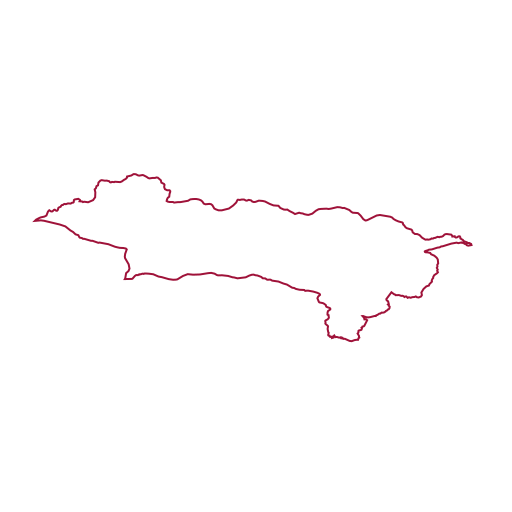 outline of Santa Barbara, Santander, Colombia, rotated 263°
{"feature_id": "7082276B97300956542202", "entity_name": "Santa Barbara", "entity_type": "district", "adm_level": 2, "iso_a3": "COL", "parent_name": "Colombia", "parent_adm1": "Santander", "projection": "equal_earth", "projection_center": [-72.939, 6.992], "detail": "fine", "context": "isolated", "style": "outline", "palette": "rose", "viewbox_px": 512, "rotation_deg": 263, "n_neighbors": 0, "source": "geoboundaries", "source_scale": "gbopen_adm2", "svg_char_len": 6111}
<svg xmlns="http://www.w3.org/2000/svg" viewBox="0 0 512 512"><g transform="rotate(263 256 256)"><path d="M350.6,137.7L349.5,137.5L348.3,136.0L347.7,134.3L346.3,131.8L345.9,130.1L346.9,125.0L346.6,124.2L347.1,122.1L346.7,120.9L347.1,120.0L348.1,119.4L349.0,117.1L349.2,115.0L350.1,112.1L349.8,110.7L348.1,108.6L345.4,107.8L344.8,106.2L342.7,105.3L341.8,104.0L338.8,104.3L333.9,103.5L331.3,101.1L329.8,95.9L330.8,92.1L330.6,90.8L331.2,90.3L331.8,87.7L332.5,88.3L333.1,88.1L334.4,86.6L334.2,82.9L333.7,82.1L331.8,81.7L331.3,81.2L331.2,79.6L330.6,78.5L331.1,75.8L330.6,73.5L331.0,72.6L330.8,71.4L330.2,70.6L330.2,69.6L329.6,68.7L328.7,68.1L328.2,66.3L327.7,65.6L326.0,65.0L325.2,64.1L325.3,63.2L326.5,61.9L326.4,61.1L325.1,59.4L325.1,58.6L325.3,57.9L326.6,56.4L325.5,55.0L321.7,52.9L320.9,50.8L320.6,47.3L320.2,45.7L318.9,42.2L317.8,40.8L317.6,46.8L316.8,49.9L311.2,65.0L308.6,70.4L304.0,74.9L302.1,77.4L299.5,79.5L298.3,82.2L296.3,82.9L295.7,83.3L295.0,85.4L294.1,86.4L294.0,87.6L291.2,94.1L291.0,95.6L288.3,101.1L288.4,102.4L285.7,110.9L282.4,117.1L281.4,119.7L280.7,121.8L280.1,125.3L279.3,127.7L278.3,128.5L274.1,126.4L271.3,125.7L269.8,125.8L263.3,128.6L258.9,128.9L256.6,127.6L254.8,125.0L249.8,123.5L249.1,123.0L248.4,129.8L248.5,130.6L251.0,133.4L251.7,134.8L251.4,136.5L251.9,137.3L251.7,138.1L252.1,138.6L251.9,139.4L252.3,141.1L251.9,142.4L252.2,142.8L252.1,144.2L251.5,147.5L250.4,151.8L247.5,156.7L246.5,159.9L243.7,166.5L242.5,170.9L242.3,173.7L242.4,175.1L245.1,181.1L246.3,186.0L245.1,191.4L244.5,198.2L244.8,206.3L244.7,209.5L243.5,212.8L241.9,214.8L241.4,216.0L241.0,220.0L239.6,225.9L237.7,230.2L237.4,231.6L236.1,234.9L236.1,243.2L237.4,247.0L237.9,249.6L237.8,251.4L237.0,253.0L236.5,255.0L234.9,258.1L234.5,258.8L233.1,259.9L232.6,262.5L231.3,263.9L231.0,264.7L230.9,266.8L230.7,267.6L229.6,269.0L227.9,275.2L225.3,279.9L223.9,283.2L220.1,288.1L219.6,290.0L218.5,291.5L217.2,295.1L216.4,299.7L215.4,300.6L215.4,302.3L215.2,303.7L213.7,308.5L212.0,312.4L210.8,314.3L210.1,314.8L209.6,314.8L208.2,312.8L206.6,311.8L202.8,312.8L202.2,313.3L201.1,316.6L200.3,317.8L198.8,319.3L197.3,319.5L196.7,320.2L195.4,322.8L194.8,323.3L193.9,323.2L192.6,320.8L191.4,320.2L189.2,319.8L188.9,319.9L188.5,320.8L185.9,320.8L185.3,320.4L184.4,319.4L183.6,317.3L183.1,316.8L181.4,316.9L180.5,316.6L179.9,316.9L178.0,318.7L177.4,318.9L174.9,318.2L171.7,318.4L170.9,318.8L168.8,318.0L168.3,318.2L167.9,319.3L167.3,319.2L166.6,319.8L166.7,322.0L165.4,321.6L165.6,322.9L166.9,323.1L167.6,324.0L165.8,324.9L165.8,326.4L164.8,328.6L165.0,330.3L164.0,330.4L163.7,331.5L164.1,332.0L163.1,332.6L163.0,334.1L160.3,338.6L159.8,340.6L160.5,343.5L160.6,345.5L160.4,347.1L161.8,347.6L162.4,348.6L163.2,348.4L164.1,348.5L166.7,347.4L167.5,348.3L169.1,348.5L169.6,349.2L169.7,351.0L170.0,351.7L171.2,352.3L172.0,352.0L172.5,352.9L173.0,353.1L173.1,354.4L173.5,355.0L178.7,358.5L179.9,357.3L179.9,355.9L181.6,355.7L183.4,354.4L183.4,354.9L181.9,357.8L181.4,359.7L181.4,362.0L182.0,366.3L181.8,367.6L182.5,368.1L182.7,369.3L183.8,371.4L183.7,372.4L184.5,373.7L184.3,375.1L184.4,376.3L185.1,377.8L185.6,378.2L186.0,379.5L186.9,380.5L187.0,381.3L188.1,382.2L189.5,382.5L190.6,381.6L191.5,381.9L191.9,381.2L192.5,381.9L194.9,381.6L196.1,380.3L197.3,380.1L203.5,386.0L201.2,388.4L200.9,389.2L200.1,389.8L199.8,393.1L198.7,395.4L198.7,396.5L198.3,397.3L197.2,398.4L197.6,399.1L197.5,400.3L196.0,401.4L196.4,402.8L195.7,404.5L196.1,406.1L196.0,408.3L196.4,409.7L195.5,410.6L195.0,412.4L195.7,414.9L197.0,415.9L199.6,415.7L202.9,418.3L205.1,421.4L205.6,424.0L207.0,424.8L209.1,427.5L210.1,427.4L211.5,428.1L212.6,429.2L213.5,429.3L215.2,430.5L216.9,433.7L217.7,434.6L219.2,434.0L220.3,434.7L222.2,434.0L223.3,434.8L225.1,434.8L226.4,435.9L230.4,436.0L232.3,435.1L234.6,433.0L236.4,430.0L237.8,429.3L238.7,426.7L238.9,425.1L239.4,424.2L240.0,424.1L240.3,424.6L240.7,427.0L241.2,428.5L241.1,431.3L242.2,437.1L242.2,439.3L242.9,440.9L242.9,442.5L244.5,451.4L244.8,456.7L244.1,458.4L244.4,461.6L243.9,462.1L243.8,463.6L242.7,464.4L242.1,466.2L241.1,466.4L240.4,467.9L240.6,471.2L241.7,471.0L242.9,469.3L243.1,467.8L243.9,467.0L245.1,464.6L245.4,464.3L245.5,463.7L246.6,463.4L248.5,461.0L249.6,461.1L250.7,460.6L250.8,459.3L250.1,458.1L249.9,456.7L250.7,455.7L251.4,455.6L251.3,453.7L251.4,453.2L252.1,453.3L253.4,452.4L254.5,448.3L254.6,447.0L254.3,445.7L253.0,444.1L252.5,442.6L252.6,441.1L252.3,440.3L252.9,438.6L252.1,435.9L252.2,435.0L251.7,433.7L252.0,432.3L251.4,431.4L251.2,429.4L251.3,428.5L251.6,427.9L251.5,426.5L251.8,425.8L253.9,423.1L256.8,420.9L258.1,418.8L258.5,416.4L260.4,414.4L262.4,414.1L263.3,413.4L265.2,409.1L266.3,407.9L268.5,406.7L269.3,405.9L270.8,405.8L271.5,405.2L272.9,401.7L274.4,399.1L276.0,397.0L277.5,395.9L278.6,394.1L281.6,384.0L281.5,380.7L278.3,371.6L277.9,370.1L277.9,368.9L279.5,367.0L283.3,364.8L286.0,362.6L286.3,361.9L287.2,357.3L288.1,356.1L290.3,354.2L293.0,349.4L293.0,348.0L294.1,345.3L294.6,342.6L293.9,336.4L293.8,333.9L294.4,331.6L294.8,326.3L294.8,323.8L293.6,320.9L291.2,317.1L290.4,313.2L290.7,311.7L291.6,309.1L292.5,307.6L293.0,305.6L293.7,304.1L292.9,299.8L294.4,298.0L296.5,294.8L298.3,292.7L298.3,291.4L298.7,289.3L300.7,286.0L303.1,284.4L304.1,279.5L306.0,276.0L309.0,271.6L309.8,269.4L310.6,265.6L309.8,262.1L309.8,260.5L310.5,258.9L311.8,257.9L312.6,255.6L312.1,253.9L312.2,252.9L313.5,251.0L313.8,248.8L313.6,246.8L314.1,244.9L313.7,244.3L311.5,242.9L308.9,239.5L306.4,234.9L305.5,227.7L305.9,224.4L307.1,222.0L308.2,220.4L311.7,218.9L312.9,217.7L313.4,216.1L313.5,212.1L314.4,210.5L316.6,209.4L318.0,208.1L319.1,206.1L319.9,203.5L320.2,200.4L320.2,197.7L319.1,195.3L318.7,187.7L319.0,184.6L319.0,181.2L319.7,180.2L320.2,176.5L320.8,174.9L321.5,174.0L323.1,174.6L324.6,175.6L325.4,177.1L328.3,177.8L329.9,178.6L330.8,178.8L331.8,178.2L332.1,175.8L333.4,173.8L335.2,173.3L336.5,173.4L337.7,173.9L338.7,173.5L340.4,171.0L342.7,170.8L345.7,168.1L346.1,166.7L345.8,165.5L346.1,162.8L346.0,159.7L346.5,158.6L348.0,156.9L349.9,154.1L350.2,153.2L350.0,149.9L350.4,148.7L351.7,146.8L352.0,145.8L352.2,144.4L351.1,142.1L350.6,137.7Z" fill="none" stroke="#9f1239" stroke-width="2"/></g></svg>